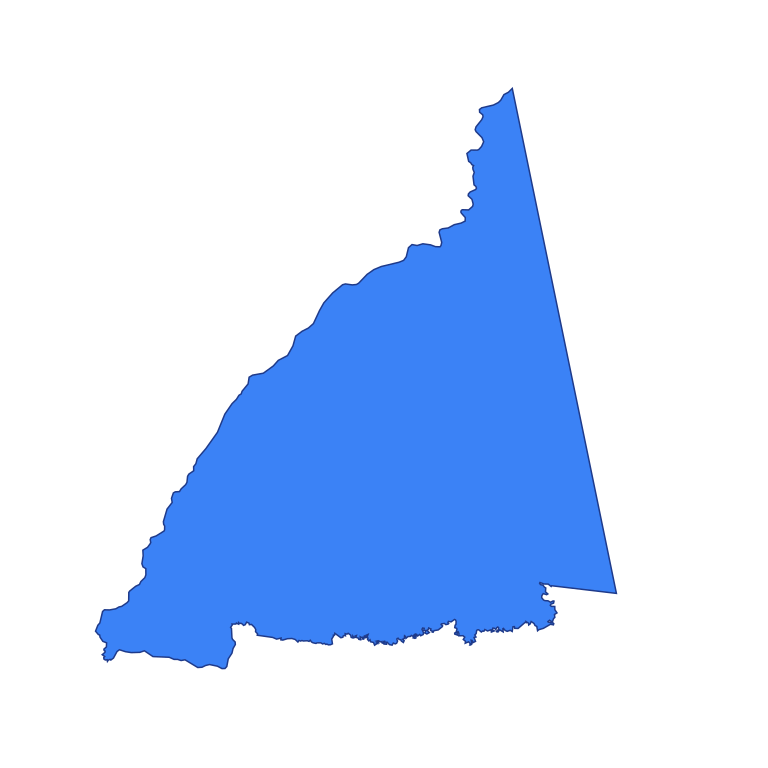 Taisha, Morona Santiago, Ecuador (orthographic projection), rotated 277°
{"feature_id": "8360857B62075287883124", "entity_name": "Taisha", "entity_type": "district", "adm_level": 2, "iso_a3": "ECU", "parent_name": "Ecuador", "parent_adm1": "Morona Santiago", "projection": "orthographic", "projection_center": [-77.601, -2.443], "detail": "fine", "context": "isolated", "style": "filled", "palette": "blue", "viewbox_px": 768, "rotation_deg": 277, "n_neighbors": 0, "source": "geoboundaries", "source_scale": "gbopen_adm2", "svg_char_len": 6129}
<svg xmlns="http://www.w3.org/2000/svg" viewBox="0 0 768 768"><g transform="rotate(277 384 384)"><path d="M76.7,146.5L79.0,148.9L85.9,151.6L88.0,153.8L86.8,160.0L86.6,165.9L87.9,174.4L90.0,178.7L85.3,187.9L86.6,204.1L85.1,209.1L85.5,212.8L84.8,216.3L86.0,220.1L79.9,233.7L80.7,237.9L82.8,241.1L84.3,245.0L83.6,253.1L81.8,257.8L82.2,260.8L84.4,262.4L92.2,262.9L98.3,265.9L103.0,266.4L107.3,268.2L109.8,267.7L112.1,264.8L113.6,264.0L122.8,262.4L123.7,261.4L126.4,262.8L127.2,262.4L127.7,266.2L128.7,266.6L127.9,268.9L129.4,268.8L128.6,269.8L129.1,271.1L128.4,272.8L127.3,274.0L128.2,275.6L130.9,276.7L130.2,279.1L128.7,279.7L129.2,281.8L126.6,285.2L124.7,286.6L122.5,286.7L120.7,288.9L119.2,288.8L118.9,304.4L117.7,308.5L119.3,312.8L117.5,312.8L117.5,314.8L119.4,319.1L120.2,323.6L119.6,327.0L117.4,330.0L119.1,330.9L118.7,332.6L119.4,333.8L119.1,335.2L119.8,339.1L119.4,341.0L120.7,342.0L119.1,343.5L118.5,345.0L118.2,348.1L118.9,349.0L119.4,352.8L118.5,354.8L119.3,356.3L118.4,358.0L118.9,359.0L118.3,360.6L118.7,362.7L119.8,364.5L124.5,363.2L127.5,364.6L128.5,364.4L128.7,365.5L130.6,365.6L126.9,372.1L127.6,374.0L128.9,374.2L129.6,375.3L129.4,376.4L131.5,375.9L131.2,377.7L132.2,378.8L130.7,381.5L128.5,382.3L128.2,383.9L130.0,383.8L128.5,385.1L128.9,386.1L130.3,386.0L131.0,387.3L129.2,387.0L128.5,389.7L127.5,390.1L127.3,391.9L130.2,391.2L129.7,392.3L130.0,393.6L129.3,394.2L128.3,393.5L128.3,394.9L129.5,394.9L129.9,396.4L130.5,395.0L131.5,395.2L130.7,396.7L132.3,396.7L133.5,398.7L130.4,398.0L129.9,399.1L128.5,398.8L127.2,400.2L128.4,401.3L126.5,402.1L126.2,405.1L123.6,406.5L124.9,408.0L126.1,408.0L125.6,409.3L126.6,409.2L126.4,410.3L127.4,410.1L127.9,408.0L128.5,409.6L127.6,412.4L128.1,413.3L126.8,413.6L126.6,414.5L128.5,415.2L128.8,416.1L128.2,416.5L127.5,415.5L125.9,415.7L126.0,418.2L127.4,417.7L128.2,418.4L126.0,421.2L125.8,423.9L128.0,424.8L127.4,426.8L128.2,428.1L130.3,428.8L132.4,427.8L133.1,428.2L133.4,429.1L132.2,430.1L132.2,431.7L131.0,432.5L129.8,434.7L131.7,435.3L132.9,433.6L133.9,435.2L136.6,435.1L136.1,436.0L134.2,436.8L136.2,438.5L136.7,441.1L137.8,441.8L137.1,443.5L138.5,444.4L137.4,445.4L135.6,443.9L135.3,445.7L135.8,446.6L138.4,446.6L139.1,445.2L139.7,445.5L139.5,446.9L138.0,448.1L139.8,450.0L138.6,451.1L140.1,453.4L141.8,453.6L145.2,451.6L146.5,452.1L146.4,453.7L144.3,453.4L144.4,455.8L141.9,454.8L141.1,457.0L142.8,459.3L144.8,456.7L145.7,457.8L147.3,458.1L146.5,460.5L145.6,460.0L145.0,460.3L144.7,461.9L143.7,462.0L143.6,463.0L145.3,463.7L146.5,467.8L150.3,471.5L151.2,471.6L152.1,470.0L152.9,470.2L153.7,473.1L152.7,474.7L153.5,476.9L154.1,477.4L154.9,476.5L156.2,476.9L156.1,479.6L158.9,482.7L158.6,483.7L157.2,484.5L154.1,484.7L153.3,484.0L150.8,483.9L150.3,485.9L149.5,486.3L146.4,485.8L145.4,484.5L144.4,484.7L143.8,487.3L146.7,486.8L147.2,487.8L145.3,488.8L143.2,488.9L143.8,493.1L142.6,495.0L140.1,493.8L138.5,496.3L136.6,496.2L138.4,499.4L136.7,501.4L135.4,501.0L135.5,501.8L136.7,502.9L140.3,501.7L140.2,502.7L138.2,503.9L139.7,506.2L143.4,504.3L144.1,506.1L146.0,504.7L147.5,505.9L150.7,506.0L151.4,506.8L151.6,507.9L149.7,510.8L150.8,511.9L150.8,513.3L152.6,514.0L151.5,516.9L153.1,520.2L150.9,520.8L152.4,523.6L153.0,521.7L154.9,521.7L155.1,523.0L154.0,525.0L155.7,525.4L156.7,526.5L156.2,527.4L154.5,527.6L152.1,525.9L151.7,526.3L151.9,527.5L154.1,528.7L152.5,532.5L155.6,531.8L156.0,532.3L154.2,534.2L153.5,536.4L154.9,539.3L154.0,541.4L158.8,541.6L159.1,543.0L157.4,543.5L157.7,546.9L164.6,553.1L164.5,554.1L165.5,553.9L164.2,556.6L162.5,557.0L163.8,558.4L166.2,559.0L164.6,562.1L162.7,563.3L162.0,565.2L157.8,566.5L159.0,567.6L160.9,572.0L165.8,578.5L165.6,581.5L166.9,581.7L167.4,581.0L167.6,576.1L168.2,575.6L169.7,577.1L168.5,579.6L168.7,580.2L171.9,580.9L173.1,582.0L176.0,581.3L177.9,583.6L180.8,581.1L184.0,580.6L183.7,577.2L184.6,576.0L185.8,576.4L187.1,579.0L189.2,579.2L189.3,578.3L187.7,575.9L188.8,573.2L188.6,570.2L189.0,568.7L191.1,566.6L193.0,566.4L195.4,567.6L194.7,571.1L195.6,572.2L197.4,569.6L201.3,569.4L201.9,568.0L203.6,566.4L204.0,563.7L205.2,562.7L206.0,563.0L205.0,567.2L205.4,571.4L203.4,574.6L204.2,575.0L204.5,640.2L693.0,475.3L688.7,471.9L685.9,467.8L679.9,465.3L677.3,463.2L674.2,458.6L670.1,447.4L668.1,445.3L665.4,445.8L663.2,449.2L661.3,449.7L658.3,448.8L650.5,444.0L647.5,443.5L645.7,444.6L640.5,451.2L636.6,453.4L631.7,451.9L628.3,449.5L627.5,448.1L626.8,441.9L622.9,438.2L615.3,440.9L614.1,443.1L612.4,444.5L611.7,446.3L610.1,445.7L608.0,446.1L605.0,447.8L601.1,447.0L592.6,449.1L591.3,451.1L589.7,451.9L588.2,451.3L585.1,446.1L582.9,444.6L581.1,444.6L578.0,448.8L573.4,450.6L571.1,450.3L567.1,446.8L566.5,440.4L565.6,439.5L564.1,439.3L562.9,440.1L559.1,444.4L555.6,444.7L553.1,440.9L550.7,434.3L546.7,428.7L545.2,423.0L543.8,420.7L541.3,420.2L531.6,424.0L528.4,423.7L527.0,422.9L526.6,418.3L527.8,413.2L527.9,405.5L525.5,400.0L525.8,394.8L522.3,391.7L513.0,390.6L509.1,388.4L506.7,384.1L500.3,367.0L496.3,360.0L490.8,353.9L480.9,346.5L479.4,344.5L478.5,340.4L478.6,333.5L477.5,330.8L468.2,322.0L457.2,314.4L449.2,311.1L435.4,306.6L430.3,302.1L426.4,296.3L420.8,290.5L410.8,289.0L400.5,284.8L394.6,276.2L388.5,272.0L380.0,262.9L376.8,252.5L374.3,249.3L367.5,249.1L359.5,244.0L356.8,243.5L355.1,241.4L350.8,239.4L346.0,235.6L334.7,229.7L315.8,224.6L298.2,215.1L287.0,207.7L282.0,207.0L278.8,205.1L274.7,205.7L270.8,201.3L268.5,200.3L262.4,200.4L259.9,199.4L255.3,195.5L252.3,194.1L251.5,189.9L250.2,188.2L244.6,187.0L240.6,188.2L233.4,183.9L220.5,181.8L217.9,182.4L216.3,183.6L212.5,184.0L211.3,183.6L205.4,176.3L203.1,171.5L201.1,170.9L198.2,171.8L197.0,171.4L193.1,169.2L189.7,164.9L184.1,165.9L176.1,165.6L173.1,167.1L171.7,170.1L165.6,170.9L162.6,170.2L158.4,166.8L155.2,165.7L153.0,162.2L147.6,156.9L146.1,156.1L137.6,157.0L135.7,155.7L131.3,150.7L130.4,148.1L128.2,145.2L126.3,139.1L125.8,134.0L123.9,132.4L112.2,131.1L109.7,129.4L103.5,127.8L100.5,131.0L100.2,132.4L98.1,133.0L94.3,136.3L93.3,140.2L89.2,140.5L86.7,138.3L85.4,138.7L84.9,139.8L83.6,139.7L81.0,137.3L79.5,140.0L78.4,139.2L76.9,139.5L76.1,141.0L76.6,142.8L75.0,143.3L76.4,144.1L77.3,145.7L76.7,146.5Z" fill="#3b82f6" stroke="#1e3a8a" stroke-width="1.5"/></g></svg>